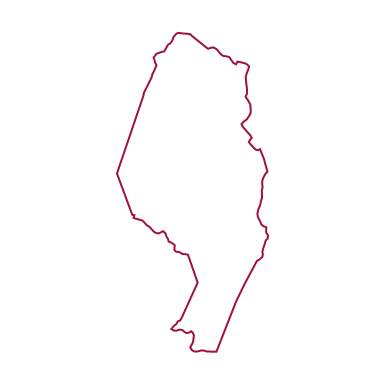 the district of Capela do Alto Alegre, Bahia, Brazil, rotated 209°
{"feature_id": "56859067B98354684740696", "entity_name": "Capela do Alto Alegre", "entity_type": "district", "adm_level": 2, "iso_a3": "BRA", "parent_name": "Brazil", "parent_adm1": "Bahia", "projection": "natural_earth1", "projection_center": [-39.84, -11.652], "detail": "fine", "context": "isolated", "style": "outline", "palette": "rose", "viewbox_px": 384, "rotation_deg": 209, "n_neighbors": 0, "source": "geoboundaries", "source_scale": "gbopen_adm2", "svg_char_len": 2312}
<svg xmlns="http://www.w3.org/2000/svg" viewBox="0 0 384 384"><g transform="rotate(209 192 192)"><path d="M143.7,62.1L140.6,62.0L138.4,63.2L135.9,65.8L133.4,66.6L131.0,66.0L128.3,66.0L126.4,67.6L125.3,69.8L122.9,69.2L120.8,67.5L119.9,65.2L118.7,62.3L118.2,59.8L118.3,57.5L118.1,55.1L115.6,53.7L112.7,53.6L109.9,55.1L107.1,57.9L104.5,59.2L101.8,59.6L99.5,61.0L97.3,61.8L95.3,63.1L93.2,64.1L100.3,117.3L101.4,137.1L101.8,163.2L100.2,165.8L99.0,169.3L99.8,171.8L101.3,173.5L102.1,176.1L104.0,185.4L103.3,187.7L104.3,190.9L107.2,192.3L108.5,194.3L109.9,197.2L112.8,196.7L115.8,197.3L117.8,199.1L119.6,200.2L122.3,202.2L124.4,205.0L125.0,207.4L125.7,209.6L125.9,212.8L126.8,216.1L127.5,218.7L127.9,220.9L129.7,223.9L131.5,226.8L132.6,230.4L134.8,233.5L136.1,236.2L136.6,239.9L136.6,243.4L135.9,246.3L145.2,255.9L153.2,262.4L154.4,260.7L156.5,260.0L158.9,260.4L161.4,261.3L164.3,262.3L166.5,263.3L166.5,265.7L166.0,268.3L168.0,269.6L170.5,270.6L173.1,271.4L175.2,272.2L177.3,272.9L179.2,273.7L181.6,275.4L180.9,278.7L179.3,282.0L179.0,285.6L178.8,288.7L180.3,292.2L181.8,294.2L183.4,296.8L186.0,298.4L188.3,299.8L191.3,301.2L191.6,304.8L193.5,308.2L194.9,310.2L196.3,312.1L197.9,314.3L199.3,316.3L200.8,318.8L201.7,322.3L202.1,325.8L202.8,329.4L205.0,330.1L207.0,330.4L209.4,329.8L211.7,329.3L215.4,328.1L215.3,325.1L218.2,324.9L221.5,326.4L224.7,328.0L227.8,327.3L230.5,326.2L232.9,326.3L235.7,327.2L238.9,328.7L241.5,328.9L243.9,328.6L246.0,326.6L247.5,325.0L267.5,328.4L269.6,329.2L273.0,328.1L276.4,326.4L279.0,325.4L281.6,324.3L282.6,322.1L283.3,318.8L282.6,314.5L283.1,311.2L284.4,309.1L284.4,305.3L284.5,301.5L286.8,299.4L290.0,295.8L290.8,290.9L289.2,289.7L287.1,287.3L284.5,285.6L284.1,281.4L283.8,278.8L283.8,275.8L282.9,272.6L282.7,267.9L282.5,264.9L282.3,259.8L282.2,257.5L282.1,255.1L281.2,252.8L267.7,177.9L266.6,171.8L233.2,143.1L231.2,143.8L230.5,141.0L228.5,141.4L224.5,142.3L221.5,143.0L218.5,142.1L215.3,141.0L212.4,140.9L209.3,139.9L205.9,138.7L203.2,138.8L201.1,139.6L199.8,141.4L198.3,143.7L195.4,143.1L192.9,140.8L190.0,139.1L188.4,137.3L186.1,137.6L183.5,137.6L181.3,137.0L179.3,132.7L176.9,132.1L174.1,133.3L170.5,133.1L167.9,134.3L165.1,135.2L151.5,123.0L143.1,115.4L140.0,76.7L140.1,73.8L141.6,72.1L141.8,68.5L143.0,66.0L143.7,62.1Z" fill="none" stroke="#9f1239" stroke-width="2"/></g></svg>